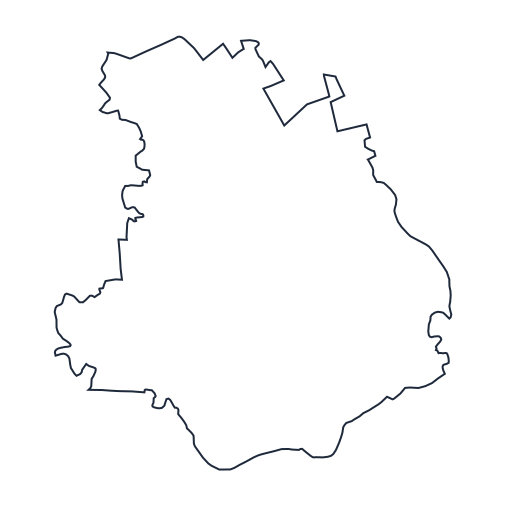 outline of Vinh Yen, Vĩnh Phúc, Vietnam, rotated 93°
{"feature_id": "81297802B55955468315553", "entity_name": "Vinh Yen", "entity_type": "district", "adm_level": 2, "iso_a3": "VNM", "parent_name": "Vietnam", "parent_adm1": "Vĩnh Phúc", "projection": "albers", "projection_center": [105.597, 21.306], "detail": "fine", "context": "isolated", "style": "outline", "palette": "slate", "viewbox_px": 512, "rotation_deg": 93, "n_neighbors": 0, "source": "geoboundaries", "source_scale": "gbopen_adm2", "svg_char_len": 5162}
<svg xmlns="http://www.w3.org/2000/svg" viewBox="0 0 512 512"><g transform="rotate(93 256 256)"><path d="M363.8,61.3L360.4,63.0L357.9,63.8L356.1,63.8L355.0,63.2L354.8,63.0L353.7,59.8L352.5,58.0L350.9,58.0L347.4,58.5L344.2,59.7L343.1,60.5L342.9,62.0L343.2,63.2L343.4,64.3L343.2,66.0L343.2,67.8L343.5,68.6L340.9,70.0L340.5,71.4L338.8,70.9L337.1,71.6L334.6,69.9L331.8,67.6L329.7,66.6L328.1,67.2L326.8,68.7L326.6,70.2L327.1,74.0L327.9,76.4L327.6,77.9L326.1,79.2L322.5,80.0L315.3,79.8L311.1,78.5L307.6,78.5L305.4,77.3L303.2,74.5L302.2,71.5L302.4,68.4L302.9,66.0L304.8,63.7L308.4,59.7L307.2,58.5L304.2,57.9L299.9,59.3L296.4,60.2L294.1,60.1L291.9,59.7L285.2,59.5L280.8,60.0L276.2,61.2L271.6,61.6L269.3,61.7L262.0,64.6L256.3,68.6L256.2,68.7L250.2,73.4L241.1,80.4L237.4,83.9L235.7,86.7L228.2,102.8L225.7,105.7L219.5,112.1L214.4,116.0L209.2,118.3L204.7,120.0L202.1,120.1L197.4,119.0L192.1,118.7L187.9,120.2L182.5,124.8L178.1,129.9L176.3,132.3L175.7,135.3L175.7,139.3L173.8,140.3L169.1,143.2L166.1,143.4L164.3,143.4L161.5,144.4L153.9,149.2L153.8,149.3L149.7,142.0L145.2,143.5L144.7,145.7L143.1,149.5L141.2,152.8L134.8,153.7L133.3,152.3L131.7,148.3L118.8,152.5L127.2,181.2L98.4,189.5L91.3,176.2L75.8,184.5L72.6,186.0L71.2,197.7L73.1,197.4L89.8,192.0L92.9,191.1L101.9,213.0L124.2,234.6L88.4,257.4L85.4,250.0L79.2,237.5L63.3,249.0L60.6,251.7L62.0,253.4L66.8,256.4L60.6,259.3L59.1,260.5L56.6,263.6L49.4,267.4L48.1,267.5L44.9,264.5L43.7,264.3L42.6,264.8L41.4,267.3L40.8,273.4L41.5,279.0L41.9,282.2L49.8,279.1L51.8,282.0L53.6,284.5L59.3,289.9L49.9,296.8L45.8,300.0L63.0,319.0L51.7,328.7L43.2,338.7L41.4,341.7L41.0,343.9L41.1,345.3L43.2,348.7L49.6,360.9L57.9,377.4L65.2,391.2L65.3,392.7L61.8,404.5L61.4,405.8L60.8,408.5L60.6,414.8L61.7,414.1L63.8,414.6L68.0,415.5L74.7,419.4L77.1,420.0L79.1,419.2L83.3,416.4L84.5,416.0L85.9,416.1L87.9,417.3L91.1,420.0L93.3,421.5L100.6,414.1L105.6,410.1L107.6,410.4L110.1,413.3L111.6,414.8L113.3,415.7L116.3,417.6L118.5,419.6L120.2,416.8L121.1,413.0L121.3,412.4L121.2,411.2L119.5,406.2L118.2,402.7L118.0,401.3L122.5,399.8L126.0,399.2L127.0,396.9L127.0,393.4L128.7,388.1L129.7,384.1L130.5,381.9L134.0,379.5L137.7,377.6L142.3,376.0L144.4,377.2L145.3,377.9L145.8,377.2L145.8,375.5L146.4,374.5L147.4,373.7L150.0,373.1L152.5,373.1L154.7,373.4L156.7,375.0L157.9,376.8L162.1,381.4L168.0,381.1L173.1,379.8L175.0,375.7L175.8,374.2L176.0,369.4L176.1,367.3L180.8,365.9L182.2,366.4L184.8,368.6L186.8,368.8L188.1,368.8L188.0,370.4L187.3,371.5L187.8,372.9L189.4,373.1L191.3,372.9L191.9,374.2L192.1,376.8L191.9,381.9L191.9,384.8L192.7,387.2L192.9,390.3L194.7,391.1L197.0,392.2L198.7,392.7L202.5,392.9L205.6,392.4L214.4,389.2L215.6,387.1L215.6,385.8L214.8,384.2L213.9,382.5L213.7,381.2L213.9,379.7L215.6,378.3L218.2,376.0L219.5,374.6L220.0,372.8L220.0,372.0L220.4,371.1L221.4,370.6L222.5,370.6L223.1,371.9L223.5,374.8L223.8,376.9L224.3,378.5L225.9,378.3L226.5,377.7L227.3,377.5L227.8,378.8L227.6,380.1L226.2,381.5L224.9,384.9L229.8,386.3L243.9,386.3L246.6,385.8L246.7,394.2L260.8,392.2L276.0,390.5L286.7,388.6L286.7,395.1L288.9,404.9L291.6,405.9L292.6,406.2L294.6,406.7L296.0,407.0L296.4,407.9L296.5,409.4L296.8,410.7L297.8,410.7L300.3,409.5L301.8,410.0L303.3,412.3L305.5,415.0L304.2,417.7L304.4,419.8L308.9,423.8L311.3,426.4L311.4,429.9L307.5,433.9L306.0,435.4L305.0,437.5L303.5,443.2L304.4,444.7L306.9,445.6L310.6,446.4L313.2,447.1L314.7,448.5L315.4,450.1L316.4,452.2L318.3,453.4L322.4,454.1L330.1,451.9L333.7,451.7L338.1,451.4L341.0,450.4L343.6,449.2L345.2,447.4L348.7,444.5L350.9,440.6L352.9,437.7L354.2,436.6L355.1,436.5L355.8,437.0L356.4,439.1L356.8,441.8L358.0,446.7L358.7,448.6L359.8,450.3L361.2,451.5L362.8,451.8L366.0,450.9L363.9,445.0L363.6,443.0L364.2,440.5L365.9,438.3L368.1,437.0L373.9,435.9L377.5,435.0L382.9,431.2L385.0,429.0L384.9,428.8L383.1,425.4L381.2,424.0L378.8,423.7L372.7,419.9L374.5,417.2L375.7,412.7L376.5,410.6L377.4,410.1L379.9,410.3L384.5,412.1L387.3,413.7L394.5,413.7L396.6,414.5L398.4,416.2L397.9,402.7L398.1,393.8L398.1,385.3L397.7,372.6L397.9,365.0L398.0,360.3L395.7,360.1L395.1,359.3L395.2,357.1L395.5,355.0L395.5,353.0L398.4,350.1L401.0,348.9L401.9,349.2L403.3,350.7L407.9,350.7L410.0,351.6L411.4,351.6L412.3,350.4L413.1,346.6L413.1,344.3L412.6,342.0L410.3,339.7L405.6,338.5L403.6,337.9L403.0,335.9L404.2,334.1L406.8,332.4L410.5,330.1L411.7,329.1L411.7,327.5L412.5,326.1L413.8,325.4L418.0,325.4L421.8,321.9L425.5,318.9L428.6,316.8L431.8,315.9L432.7,314.7L436.1,311.0L438.6,309.0L439.9,308.8L446.7,308.2L449.3,307.0L460.3,298.3L465.7,292.7L467.8,289.4L470.6,282.8L471.2,281.6L470.5,270.5L468.7,266.5L465.3,261.2L462.4,256.1L457.2,247.7L455.2,243.8L454.1,241.1L452.5,236.1L449.7,226.9L447.5,220.4L447.0,213.5L447.4,209.9L447.4,202.9L446.4,201.6L446.2,199.8L448.7,196.6L452.7,191.0L453.9,188.9L454.1,187.4L453.8,186.0L453.6,178.6L452.7,173.6L451.6,170.6L449.5,168.3L445.5,166.0L438.0,163.2L432.2,161.5L428.1,160.5L422.3,159.9L419.8,158.5L418.0,157.1L415.9,151.8L413.6,148.7L410.8,144.3L407.3,140.6L404.1,134.9L401.0,130.6L397.7,125.9L395.4,123.2L389.7,117.8L392.0,112.1L391.2,110.6L385.8,104.6L379.9,100.2L379.3,95.5L379.3,86.8L377.1,80.1L373.7,73.6L368.7,67.8L363.8,61.3Z" fill="none" stroke="#1e293b" stroke-width="2"/></g></svg>